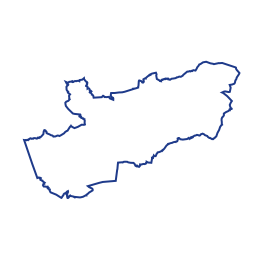 Livezi, Bacau, Romania, rotated 10°
{"feature_id": "2599482B64810477676491", "entity_name": "Livezi", "entity_type": "district", "adm_level": 2, "iso_a3": "ROU", "parent_name": "Romania", "parent_adm1": "Bacau", "projection": "equal_earth", "projection_center": [26.736, 46.405], "detail": "fine", "context": "isolated", "style": "outline", "palette": "blue", "viewbox_px": 256, "rotation_deg": 10, "n_neighbors": 0, "source": "geoboundaries", "source_scale": "gbopen_adm2", "svg_char_len": 5681}
<svg xmlns="http://www.w3.org/2000/svg" viewBox="0 0 256 256"><g transform="rotate(10 128 128)"><path d="M225.6,83.4L220.2,79.4L215.7,77.0L214.5,76.7L216.2,75.5L217.3,75.1L221.1,75.1L222.0,74.7L222.1,70.5L220.7,67.9L223.0,67.1L225.0,65.9L225.4,64.9L225.5,62.4L225.8,62.0L226.2,60.9L226.3,59.4L227.6,56.5L228.1,55.2L228.2,54.5L225.1,52.0L224.4,51.3L224.0,50.5L223.8,49.8L223.2,49.6L209.5,47.6L206.8,48.3L206.2,48.3L201.5,50.2L200.7,50.0L197.9,50.0L193.5,49.2L190.5,50.3L188.1,52.6L187.2,53.0L186.6,54.6L185.6,56.3L185.4,57.4L184.5,59.7L182.4,59.7L182.0,59.9L181.4,60.8L181.0,60.9L180.5,60.7L179.5,61.5L178.8,61.3L177.8,61.9L176.5,62.2L173.2,66.1L172.8,67.0L171.1,68.4L169.5,68.5L168.0,69.5L167.3,69.6L166.3,70.6L164.1,71.4L162.4,71.9L161.0,73.2L159.4,73.1L159.5,72.7L158.8,72.3L157.2,73.0L157.3,72.7L156.6,72.7L153.3,74.4L153.5,74.8L151.9,75.6L152.2,76.2L151.4,76.2L151.3,75.9L147.9,74.7L146.7,71.5L146.8,70.2L145.9,68.7L142.1,70.3L140.6,71.4L140.3,71.6L140.7,71.9L138.7,73.4L136.8,75.7L136.9,76.2L135.9,76.3L134.7,77.4L135.5,79.5L135.4,80.1L134.9,80.7L134.2,80.7L133.8,80.4L133.5,79.8L133.1,79.6L131.1,79.2L130.7,79.3L130.5,79.9L131.0,84.8L130.8,85.7L131.0,86.4L128.4,87.8L126.7,88.3L126.9,88.5L118.4,92.9L116.0,93.9L113.2,94.5L108.6,95.9L105.3,96.5L105.3,98.5L105.6,99.3L106.2,100.2L108.1,100.9L108.5,101.8L108.6,102.8L104.9,102.0L103.9,100.6L101.2,101.4L100.2,101.4L100.0,101.5L99.5,101.6L98.3,100.6L97.8,100.6L96.8,102.2L88.9,104.1L88.1,102.1L87.1,101.4L86.7,101.4L86.7,101.2L85.2,99.5L84.7,99.8L84.3,99.7L84.1,99.5L84.4,98.9L84.8,98.9L85.5,98.2L84.7,97.7L84.3,98.0L83.8,97.8L83.3,96.4L82.9,95.9L82.0,95.7L81.3,96.3L80.9,94.3L79.4,93.9L79.4,93.4L80.1,92.4L80.2,91.5L79.7,91.1L79.6,90.6L79.9,90.2L79.4,89.7L78.5,89.5L76.3,87.6L76.0,86.6L74.6,88.3L72.0,89.2L72.0,90.3L71.5,90.1L69.7,90.4L68.9,90.9L67.7,90.9L67.3,91.3L66.7,91.5L66.3,91.8L66.1,92.2L65.6,92.4L65.4,92.4L65.3,91.7L64.9,91.5L64.2,92.1L62.0,92.8L61.3,93.8L61.0,93.9L58.8,93.4L60.1,95.1L60.8,95.2L60.8,95.4L61.6,95.9L61.3,96.5L60.7,97.0L60.2,98.3L60.5,99.1L60.7,100.4L61.1,101.3L61.9,102.1L62.6,102.5L62.8,102.7L62.5,103.2L62.8,103.7L65.1,104.9L64.4,106.2L64.4,106.8L64.8,107.9L65.0,109.3L65.6,109.8L64.5,111.6L62.6,112.8L61.9,114.0L62.3,115.4L63.0,117.1L65.8,119.6L71.2,123.3L72.9,123.4L78.6,123.0L78.9,123.4L78.6,123.7L78.7,124.2L78.1,124.6L78.0,124.8L78.2,125.1L79.1,125.1L79.1,125.4L79.4,125.5L80.0,125.3L80.3,126.2L82.2,126.3L82.3,126.8L83.6,126.9L83.7,127.7L84.1,128.2L84.4,130.7L85.0,132.0L84.9,132.2L83.6,132.6L81.8,132.8L78.4,135.6L75.3,137.4L73.4,136.8L71.8,136.1L71.5,135.8L71.2,136.6L70.8,136.7L70.5,137.3L68.9,141.2L68.1,141.6L66.7,143.0L66.0,144.3L63.3,146.7L61.9,147.8L60.9,147.6L59.8,147.7L58.0,148.9L56.0,149.4L55.4,148.8L54.7,148.5L53.4,148.5L51.9,147.9L49.3,147.4L48.7,147.1L48.6,146.2L48.1,145.6L47.8,145.4L47.6,145.5L47.0,144.7L46.0,144.6L45.6,145.9L45.7,148.8L44.0,151.5L43.5,152.1L42.5,152.4L42.5,152.9L42.1,152.7L41.5,153.4L40.7,153.3L40.5,154.0L40.0,154.3L38.1,154.1L36.7,154.5L36.5,155.0L36.2,155.1L35.3,155.1L34.8,155.4L34.3,155.3L34.0,155.1L33.6,155.1L32.6,156.0L32.6,156.3L32.0,156.5L31.7,157.3L30.7,157.2L30.2,157.7L29.2,157.6L28.6,157.9L27.8,157.9L40.0,180.1L47.4,193.0L48.5,192.3L49.4,192.7L49.8,192.2L50.9,192.5L50.6,193.8L50.8,194.3L52.9,194.7L53.0,195.2L55.3,196.3L55.0,196.6L55.3,197.5L54.4,198.0L54.5,198.4L54.2,199.0L54.8,199.9L55.4,200.3L56.4,200.0L57.7,200.1L59.1,199.7L59.6,200.4L59.5,200.8L60.0,200.8L59.8,201.5L60.6,201.7L61.0,202.2L61.7,202.2L61.7,203.2L62.9,204.8L68.9,206.1L74.5,208.4L74.8,208.1L75.4,206.4L76.0,205.6L76.1,204.5L76.8,203.5L77.8,203.0L78.5,202.1L78.9,201.3L79.8,200.6L80.1,201.4L79.7,202.7L79.7,203.1L79.3,203.1L79.3,203.3L78.8,203.7L78.8,203.9L79.4,204.3L80.1,206.5L80.6,207.4L81.0,207.4L81.5,206.9L81.8,206.3L81.8,205.6L82.2,205.6L82.4,204.9L82.8,204.5L83.3,204.9L86.4,205.0L86.7,205.3L87.4,205.5L87.4,205.1L92.8,204.7L93.9,204.3L95.7,203.5L98.4,201.4L98.8,201.5L98.8,200.8L100.1,199.5L100.7,198.5L104.0,195.6L103.9,194.7L103.5,194.1L103.0,193.8L100.0,193.0L98.6,192.2L109.2,187.0L112.6,185.5L125.1,182.2L124.6,171.1L124.7,170.5L124.3,165.7L124.2,163.8L127.7,162.9L128.6,162.9L128.9,162.8L129.3,162.2L130.6,161.8L133.1,161.4L134.2,161.8L136.8,161.8L139.4,161.4L140.6,162.1L141.9,163.9L142.8,164.2L142.9,163.8L143.2,163.8L143.4,163.4L143.6,163.5L143.7,163.9L144.5,164.3L145.2,164.3L145.5,163.9L145.8,164.1L146.5,162.9L146.2,161.8L147.5,161.6L149.5,160.7L150.4,160.7L151.5,160.2L151.7,159.5L152.0,159.5L152.3,158.7L152.2,158.0L153.7,158.5L157.0,158.2L157.0,154.0L156.8,153.2L157.8,153.2L157.7,151.8L158.1,151.4L158.2,150.6L158.9,151.2L159.8,150.9L160.1,150.9L160.2,150.7L160.7,148.4L161.1,147.9L161.4,146.9L162.9,146.3L164.5,145.3L165.7,143.9L165.9,144.2L167.3,142.1L169.0,138.5L170.2,137.2L170.1,136.8L170.5,136.5L171.0,136.6L172.0,135.8L174.3,134.8L175.0,134.2L176.9,133.4L177.4,133.5L177.5,133.2L178.8,132.5L179.1,130.6L178.7,129.7L179.4,129.1L180.0,129.0L181.5,130.0L184.0,129.9L188.1,128.6L189.4,127.3L190.2,128.0L190.6,127.3L190.8,127.2L191.2,127.5L192.9,126.3L192.2,125.9L193.8,125.0L194.8,124.0L195.8,123.7L197.1,122.8L198.7,122.9L199.5,123.1L200.3,122.7L200.8,121.6L202.5,120.6L204.2,121.1L205.0,121.7L207.4,122.1L208.5,123.1L210.0,123.7L210.5,123.5L212.5,124.3L212.9,124.1L213.6,124.3L213.9,124.1L214.1,123.5L214.5,123.3L215.0,122.6L215.4,122.4L215.7,121.7L216.4,121.0L217.0,117.2L218.1,114.0L218.5,111.1L219.3,109.2L220.1,108.4L219.7,107.8L219.3,105.7L218.8,104.1L218.6,102.7L218.9,101.2L219.7,100.2L220.2,99.0L220.2,98.4L219.9,97.6L219.9,97.1L221.9,95.2L223.7,94.0L224.2,93.5L224.5,92.9L225.2,92.8L225.0,91.8L226.7,91.3L226.7,90.9L226.1,90.7L225.1,89.6L224.2,87.6L224.9,84.9L225.6,83.4Z" fill="none" stroke="#1e3a8a" stroke-width="2"/></g></svg>